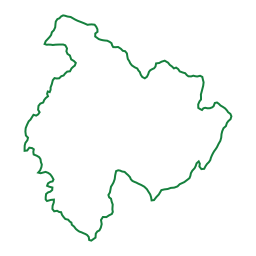 Engenheiro Navarro, Minas Gerais, Brazil (Natural Earth projection)
{"feature_id": "56859067B42311987852102", "entity_name": "Engenheiro Navarro", "entity_type": "district", "adm_level": 2, "iso_a3": "BRA", "parent_name": "Brazil", "parent_adm1": "Minas Gerais", "projection": "natural_earth1", "projection_center": [-44.019, -17.298], "detail": "fine", "context": "isolated", "style": "outline", "palette": "green", "viewbox_px": 256, "rotation_deg": 0, "n_neighbors": 0, "source": "geoboundaries", "source_scale": "gbopen_adm2", "svg_char_len": 3797}
<svg xmlns="http://www.w3.org/2000/svg" viewBox="0 0 256 256"><path d="M57.4,19.1L55.8,21.5L55.5,23.8L55.2,27.3L53.8,30.3L51.9,32.2L51.1,35.0L49.7,36.9L47.5,39.3L45.7,41.2L44.6,44.0L46.5,44.7L48.7,44.6L51.0,44.7L52.8,45.0L55.4,44.7L57.4,44.6L60.4,44.5L63.1,44.5L65.3,45.3L67.0,48.4L66.4,51.3L67.5,53.9L69.9,55.5L71.2,59.4L73.9,61.0L75.8,62.9L74.8,65.6L73.2,66.8L71.5,68.4L70.0,71.3L67.2,71.6L65.1,73.5L63.6,75.5L61.3,76.2L59.2,78.3L56.8,78.5L54.5,78.1L52.8,80.2L51.8,84.2L50.6,87.4L50.6,89.7L49.7,92.1L47.8,91.5L47.1,93.8L48.0,96.3L45.8,98.0L44.2,100.0L43.2,102.5L40.3,103.6L38.5,105.9L38.1,109.8L39.6,112.2L38.2,114.3L36.2,115.6L33.5,114.8L31.9,117.3L30.5,119.6L28.7,121.3L27.1,124.6L25.7,128.1L25.4,131.6L25.9,135.5L28.0,137.7L27.4,140.2L25.4,142.9L24.7,145.5L24.6,148.2L24.6,150.8L27.2,150.5L29.3,147.7L32.1,148.1L33.8,149.3L33.3,151.9L33.7,154.5L36.7,155.7L39.2,157.2L40.5,159.2L40.9,162.1L41.8,164.5L41.4,167.1L40.1,170.4L38.2,172.6L40.6,173.2L42.9,172.6L45.6,171.9L48.2,172.9L50.3,174.4L52.0,176.7L53.5,179.5L52.6,181.4L50.3,181.9L48.0,183.4L47.1,185.8L49.2,186.7L52.4,187.5L52.2,190.0L50.3,191.7L48.2,192.3L46.1,194.0L45.7,197.2L45.7,199.5L47.0,201.0L50.9,199.9L53.9,199.6L53.8,202.4L52.6,205.8L52.4,209.0L54.2,211.3L57.1,210.8L59.2,212.0L61.1,212.2L62.0,214.8L63.5,216.9L65.3,219.0L68.2,219.7L69.7,221.5L71.4,222.6L71.8,224.7L74.1,226.6L75.8,228.9L77.6,230.4L79.4,231.6L81.5,232.3L83.4,233.2L85.4,234.0L87.1,235.0L88.7,236.9L89.2,240.0L91.3,240.6L93.1,239.3L95.5,237.6L95.8,233.6L97.3,231.5L99.4,230.4L100.8,227.7L101.7,224.1L101.0,220.0L102.9,217.0L106.4,217.1L109.1,215.3L111.8,214.0L112.8,211.9L112.4,209.4L112.5,207.3L112.7,204.5L111.7,201.7L111.0,198.7L109.2,197.4L108.4,195.0L109.9,192.5L110.5,189.4L111.0,186.7L112.1,185.0L113.5,182.5L114.7,179.1L115.2,175.2L116.1,171.1L118.2,170.3L120.1,170.6L122.1,171.5L124.6,171.9L126.6,173.8L128.1,175.1L130.0,177.2L130.8,179.2L132.4,180.9L134.5,181.9L136.3,182.6L138.4,183.7L141.3,185.0L144.3,186.7L146.9,189.2L148.5,191.8L150.2,194.4L151.1,197.3L151.6,200.4L154.0,200.1L156.3,197.1L158.8,194.5L160.1,192.3L161.4,190.1L164.4,189.4L167.7,189.0L170.8,187.9L174.3,187.6L177.5,186.4L179.7,184.2L181.9,183.2L184.3,182.1L186.4,180.5L188.0,179.3L189.5,178.1L190.4,175.8L190.9,173.2L192.3,170.7L194.6,168.2L195.7,166.0L196.6,163.3L198.7,161.4L199.8,163.7L199.4,166.5L201.4,169.1L204.2,168.8L205.4,166.4L206.9,164.1L209.0,162.0L210.3,160.0L210.9,157.8L211.9,155.4L213.0,153.2L214.1,151.3L215.5,149.4L216.9,147.3L218.7,143.6L220.3,140.9L221.2,137.7L221.5,134.2L222.2,131.3L223.5,128.2L225.9,126.1L226.9,123.0L228.3,121.1L230.5,119.2L231.4,116.3L230.4,113.9L228.1,112.2L227.0,110.5L225.1,108.4L222.9,106.9L220.5,105.5L218.8,103.8L217.0,102.5L214.8,103.0L213.6,106.2L212.1,107.4L209.9,108.2L207.5,108.3L205.2,107.8L203.4,108.3L202.0,110.0L200.2,109.1L198.3,107.9L198.2,104.4L199.5,101.4L201.0,99.5L201.0,97.2L200.9,94.5L201.6,91.9L202.4,88.8L203.2,85.7L203.6,82.3L202.9,79.6L202.3,76.9L200.1,75.8L197.2,76.5L195.1,76.2L193.3,75.7L191.2,76.4L188.4,76.3L186.8,75.1L185.2,73.2L182.7,72.5L179.7,71.4L178.2,69.1L176.1,67.6L173.9,68.4L172.0,66.5L169.8,64.9L168.1,62.7L164.7,60.7L161.5,61.7L159.2,63.0L156.1,63.4L155.5,66.5L154.1,68.3L152.1,69.2L150.2,70.3L148.9,72.0L148.2,74.3L146.9,76.8L144.8,78.3L142.3,77.0L140.8,74.8L139.8,72.0L138.4,70.5L137.3,68.5L134.9,67.4L131.9,65.4L130.2,63.2L129.3,61.2L127.8,58.9L127.3,56.2L126.9,53.4L125.1,51.2L122.8,50.8L120.9,48.8L118.1,47.0L115.6,47.2L113.2,47.1L112.1,45.2L111.5,43.2L109.7,41.9L107.2,40.7L104.9,40.5L102.7,40.2L100.6,39.7L98.8,39.1L97.3,38.0L95.2,36.5L95.3,33.5L97.5,31.8L97.4,29.2L96.2,26.7L94.6,24.7L91.7,24.4L89.7,24.5L87.5,24.8L84.4,23.4L80.9,22.0L77.7,20.8L75.2,19.6L73.1,18.4L70.7,17.0L67.4,16.5L64.9,15.7L63.1,15.4L61.0,16.5L59.4,18.3L57.4,19.1Z" fill="none" stroke="#15803d" stroke-width="2"/></svg>